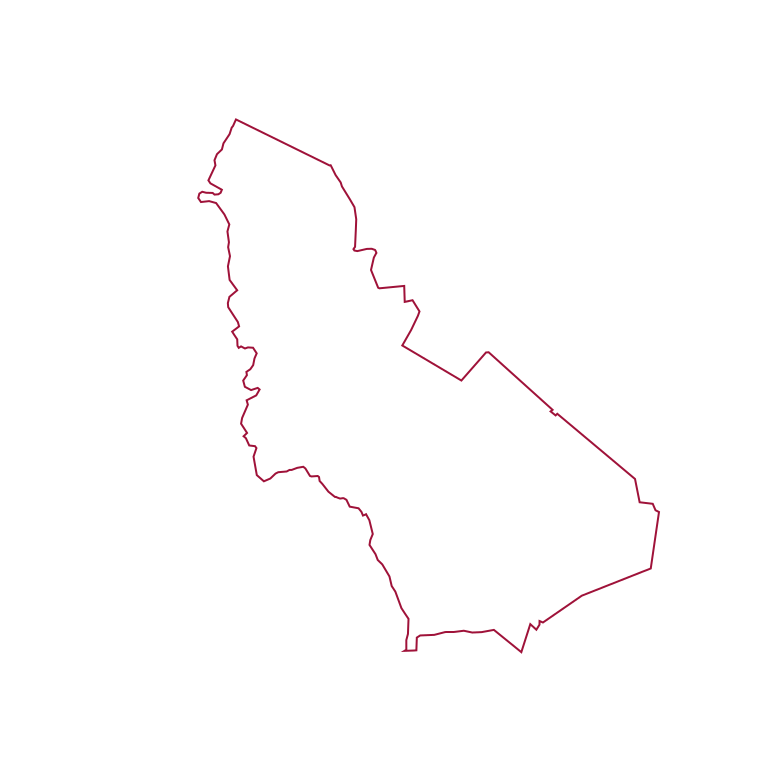 the district of Harare Rural, Harare, Zimbabwe, rotated 56°
{"feature_id": "62879985B75244512710705", "entity_name": "Harare Rural", "entity_type": "district", "adm_level": 2, "iso_a3": "ZWE", "parent_name": "Zimbabwe", "parent_adm1": "Harare", "projection": "robinson", "projection_center": [31.007, -17.946], "detail": "fine", "context": "isolated", "style": "outline", "palette": "rose", "viewbox_px": 768, "rotation_deg": 56, "n_neighbors": 0, "source": "geoboundaries", "source_scale": "gbopen_adm2", "svg_char_len": 2438}
<svg xmlns="http://www.w3.org/2000/svg" viewBox="0 0 768 768"><g transform="rotate(56 384 384)"><path d="M481.3,475.0L481.8,472.8L481.9,471.7L488.7,472.3L502.1,477.2L505.7,482.6L509.3,486.0L514.2,486.1L520.3,486.2L526.4,487.6L532.6,486.3L546.6,487.1L555.8,490.6L562.5,490.7L579.6,494.9L586.3,495.0L592.4,495.0L604.6,503.9L608.8,508.7L616.8,514.1L616.7,516.2L621.7,508.2L622.9,506.1L612.6,498.6L612.7,494.6L620.1,482.6L623.9,471.9L628.8,464.5L633.2,455.8L639.4,449.8L644.3,441.8L649.3,430.4L683.1,420.1L664.9,397.0L672.9,395.1L670.5,389.7L667.5,387.6L670.6,385.6L670.1,338.4L684.1,274.9L685.4,269.3L686.1,266.0L643.9,227.6L640.5,229.5L633.6,228.2L625.0,238.2L603.1,229.0L505.6,257.0L506.0,259.3L499.9,261.2L499.7,258.7L416.2,279.5L414.9,281.8L424.4,317.9L362.3,347.3L354.4,331.3L346.4,317.7L343.7,314.0L330.5,313.5L329.3,316.5L327.5,320.9L314.0,312.4L302.1,334.3L300.9,335.0L282.2,331.0L273.5,321.7L271.4,317.7L271.1,317.0L268.7,316.5L267.8,316.5L265.0,318.6L262.4,322.7L258.9,331.8L256.8,333.9L255.1,333.9L254.1,331.3L240.1,320.9L231.9,314.9L220.9,309.6L211.6,309.0L196.7,308.4L192.7,307.2L183.8,307.3L173.9,306.0L172.8,305.9L172.4,306.9L81.9,358.8L85.7,364.9L86.3,366.9L90.5,372.3L94.7,382.5L98.9,387.2L99.9,393.0L100.1,394.0L103.7,399.4L108.5,401.5L117.0,415.7L120.6,415.7L132.3,409.8L134.1,412.5L134.1,415.2L132.2,418.6L129.8,419.2L126.0,424.5L123.0,427.2L122.9,430.6L125.9,434.0L128.4,434.0L130.8,434.0L134.6,426.7L140.1,422.0L154.2,421.5L165.2,423.0L170.0,428.5L179.8,433.3L183.4,436.7L191.9,440.2L199.2,447.6L211.4,453.8L224.2,453.3L225.3,463.4L229.6,468.2L233.2,470.2L238.1,470.3L244.2,470.4L250.9,470.5L255.2,471.9L255.7,480.6L260.0,480.7L264.9,480.7L270.4,484.1L272.8,484.2L272.9,481.5L276.8,479.4L277.6,476.3L280.7,472.3L287.4,472.4L290.4,477.1L295.2,481.9L297.0,486.6L297.0,491.3L300.0,492.7L302.4,498.8L308.5,500.9L314.7,497.6L316.6,490.9L319.0,490.2L322.0,496.3L320.7,507.0L325.0,508.4L332.8,520.6L337.0,524.7L348.0,524.9L348.8,529.6L351.7,528.8L359.6,530.1L363.4,525.7L365.8,525.6L371.3,532.8L388.4,540.4L397.5,538.0L398.8,531.1L397.6,524.0L398.0,521.0L402.1,513.6L402.4,510.4L403.6,508.6L405.0,502.8L407.5,497.2L410.1,496.4L418.8,496.8L420.1,495.8L423.2,490.4L424.8,489.9L428.4,491.6L432.3,491.0L442.2,490.3L449.0,488.2L450.4,487.7L450.7,487.0L452.2,486.1L454.4,484.5L455.1,483.1L455.7,481.8L456.3,481.2L459.0,479.9L466.5,481.0L472.8,474.6L477.4,474.2L481.3,475.0Z" fill="none" stroke="#9f1239" stroke-width="2"/></g></svg>